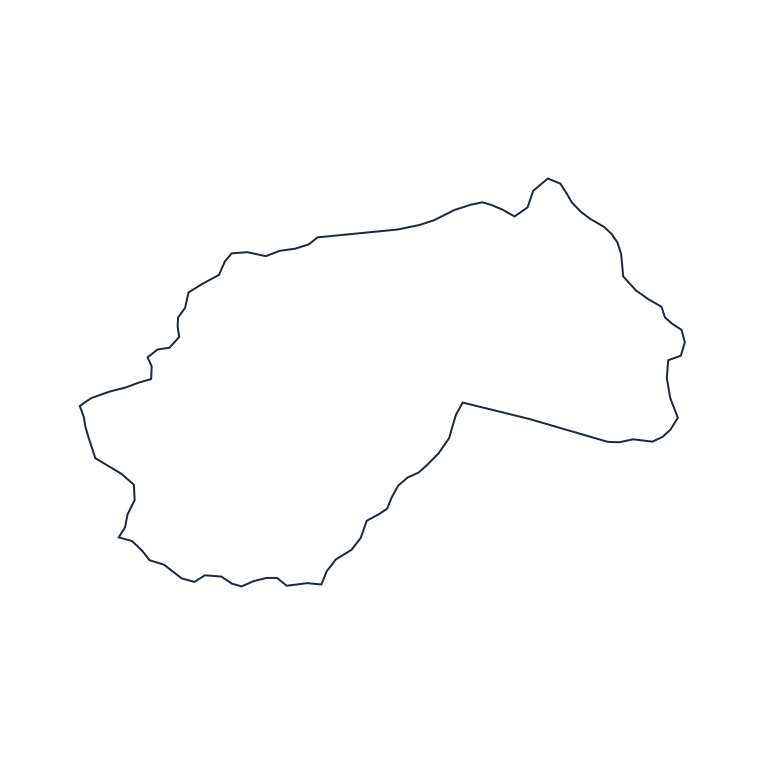 Jaci, São Paulo, Brazil, rotated 72°
{"feature_id": "56859067B21928825243135", "entity_name": "Jaci", "entity_type": "district", "adm_level": 2, "iso_a3": "BRA", "parent_name": "Brazil", "parent_adm1": "São Paulo", "projection": "natural_earth1", "projection_center": [-49.579, -20.942], "detail": "fine", "context": "isolated", "style": "outline", "palette": "slate", "viewbox_px": 768, "rotation_deg": 72, "n_neighbors": 0, "source": "geoboundaries", "source_scale": "gbopen_adm2", "svg_char_len": 1515}
<svg xmlns="http://www.w3.org/2000/svg" viewBox="0 0 768 768"><g transform="rotate(72 384 384)"><path d="M555.3,505.5L544.4,496.4L536.0,484.1L531.6,466.0L523.0,453.5L508.7,442.7L506.3,429.3L503.6,419.6L494.1,411.6L485.0,401.9L480.2,390.3L478.9,378.4L474.1,367.6L466.8,353.5L455.5,338.7L446.4,332.6L435.5,325.1L426.0,314.9L461.6,257.5L508.2,189.0L512.1,178.2L513.6,164.1L521.8,146.5L520.3,135.2L515.8,125.5L506.9,115.0L485.6,116.1L465.9,113.2L449.2,106.4L448.8,92.9L437.3,85.0L424.5,84.3L415.4,91.6L407.5,96.2L396.3,96.2L385.0,106.4L373.0,115.4L355.5,123.3L343.6,120.5L333.4,118.3L321.6,118.3L311.7,121.1L302.6,126.2L291.1,136.5L281.7,143.2L269.3,149.3L260.4,151.1L247.9,154.4L239.2,164.7L246.4,182.4L260.4,192.9L265.0,208.1L255.0,217.2L247.0,226.4L241.6,234.3L240.3,246.2L240.3,263.2L243.7,285.7L243.7,301.5L241.3,323.1L237.9,338.7L224.0,401.9L227.9,412.3L227.9,426.4L225.1,442.3L225.9,456.8L216.4,473.3L212.7,488.5L218.3,497.5L229.2,507.2L232.6,525.7L236.5,541.6L250.2,549.7L257.0,559.2L265.4,562.5L276.0,564.3L283.2,576.8L281.2,588.7L285.6,600.6L295.4,599.5L307.3,603.9L306.9,617.6L307.5,631.0L306.4,647.3L306.9,666.5L310.8,680.1L322.5,679.7L332.5,681.2L343.7,681.5L365.4,681.5L373.2,674.6L388.4,661.4L402.6,653.0L417.3,657.0L428.8,668.2L440.3,674.6L447.9,683.7L455.5,672.2L467.7,665.6L479.2,661.4L487.8,649.1L506.3,636.5L513.6,625.5L510.6,613.4L516.9,598.2L526.9,590.3L532.5,581.9L531.2,568.9L532.1,555.7L535.4,545.6L545.8,538.9L549.7,518.5L555.3,505.5Z" fill="none" stroke="#1e293b" stroke-width="2"/></g></svg>